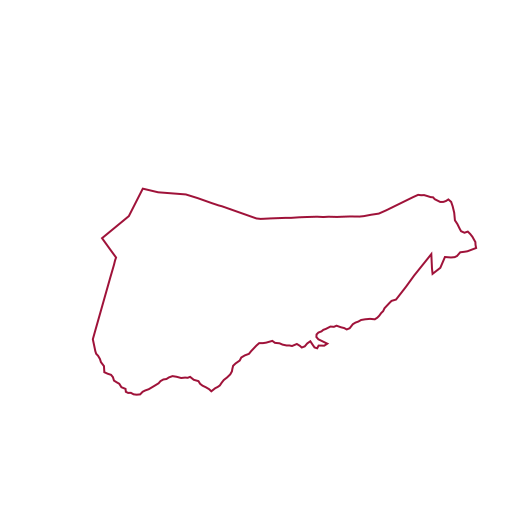 Santa Inês, Maranhão, Brazil, rotated 55°
{"feature_id": "56859067B15720023734986", "entity_name": "Santa Inês", "entity_type": "district", "adm_level": 2, "iso_a3": "BRA", "parent_name": "Brazil", "parent_adm1": "Maranhão", "projection": "mercator", "projection_center": [-45.394, -3.853], "detail": "fine", "context": "isolated", "style": "outline", "palette": "rose", "viewbox_px": 512, "rotation_deg": 55, "n_neighbors": 0, "source": "geoboundaries", "source_scale": "gbopen_adm2", "svg_char_len": 2495}
<svg xmlns="http://www.w3.org/2000/svg" viewBox="0 0 512 512"><g transform="rotate(55 256 256)"><path d="M286.3,441.5L290.0,439.1L292.6,440.5L294.8,439.3L296.3,437.0L299.1,435.6L301.1,433.4L302.9,430.3L302.2,426.7L302.6,423.9L303.6,420.3L304.1,413.6L304.4,408.8L303.7,406.0L304.0,402.7L305.4,399.9L305.5,397.0L306.5,393.3L309.4,390.3L313.0,387.3L315.0,383.7L316.6,381.8L317.2,379.3L321.7,378.0L325.5,374.9L328.6,375.1L331.5,374.2L334.7,372.4L338.2,370.8L341.2,370.2L340.9,365.2L341.3,362.6L341.3,359.9L340.1,356.8L339.1,353.5L338.9,349.3L338.2,345.0L336.7,341.9L334.8,340.0L332.8,337.7L332.3,334.4L332.3,329.3L330.7,326.3L331.0,322.2L332.1,317.9L331.1,314.4L330.4,310.9L329.6,307.0L329.2,303.4L331.4,300.2L332.8,297.4L334.9,291.3L338.0,290.3L341.0,286.8L343.8,285.1L346.8,282.3L348.4,280.0L350.4,278.1L351.5,273.0L354.7,271.6L357.2,271.0L358.0,267.9L357.0,264.2L357.0,260.4L361.2,260.5L364.5,260.5L366.7,258.8L365.3,256.1L368.6,251.5L368.7,247.9L363.4,250.8L360.0,252.7L357.0,253.0L355.0,251.4L354.5,248.8L355.3,245.6L355.1,243.2L355.8,240.6L356.5,235.5L358.7,232.8L359.3,230.0L363.1,227.3L365.6,225.1L368.2,223.8L368.9,220.7L367.4,215.8L367.6,212.7L368.4,209.8L368.7,206.6L370.4,203.0L372.9,198.6L376.0,195.0L376.1,192.0L375.6,189.3L374.5,186.1L374.1,183.5L372.5,180.7L371.0,173.6L370.5,170.7L372.0,166.3L367.2,150.7L363.5,140.0L362.7,137.7L355.0,111.3L367.0,118.9L371.9,121.6L371.4,111.8L365.2,101.8L369.0,97.2L370.9,93.9L371.3,91.3L370.1,86.6L372.1,82.8L373.4,80.1L375.7,71.1L372.8,69.8L370.4,68.3L367.2,68.0L364.5,67.7L360.8,67.9L357.5,68.5L356.5,71.9L353.3,73.8L350.4,73.5L345.3,72.7L340.9,72.6L334.2,68.8L328.1,66.4L323.6,65.1L320.0,66.0L319.9,68.8L319.2,71.4L317.4,74.1L314.6,75.6L312.0,77.0L309.5,77.3L307.9,79.2L305.0,81.4L302.5,83.4L301.0,85.8L298.9,88.1L297.9,93.4L293.2,123.5L291.7,131.1L289.7,135.1L288.2,138.1L285.2,144.8L283.0,148.7L280.2,152.6L277.6,156.2L272.8,163.6L270.5,167.2L265.4,174.1L262.7,178.5L258.8,183.5L252.5,193.1L248.9,198.7L245.0,205.2L241.2,210.7L233.7,222.3L230.2,227.9L228.3,230.9L225.5,234.1L195.7,255.4L193.0,257.7L190.4,259.6L187.6,261.7L175.1,270.6L165.3,278.2L147.7,299.6L141.4,305.2L135.9,310.1L150.4,337.3L153.1,371.9L167.4,371.7L177.0,371.5L178.7,373.9L181.6,377.2L183.3,379.3L189.8,387.4L191.6,389.6L225.1,430.7L230.6,437.4L241.8,442.2L244.4,443.0L247.2,442.6L250.8,442.9L254.0,443.9L259.0,443.7L264.2,446.9L267.4,445.0L270.2,442.9L273.2,442.7L276.6,443.8L279.7,442.5L282.2,441.3L286.3,441.5Z" fill="none" stroke="#9f1239" stroke-width="2"/></g></svg>